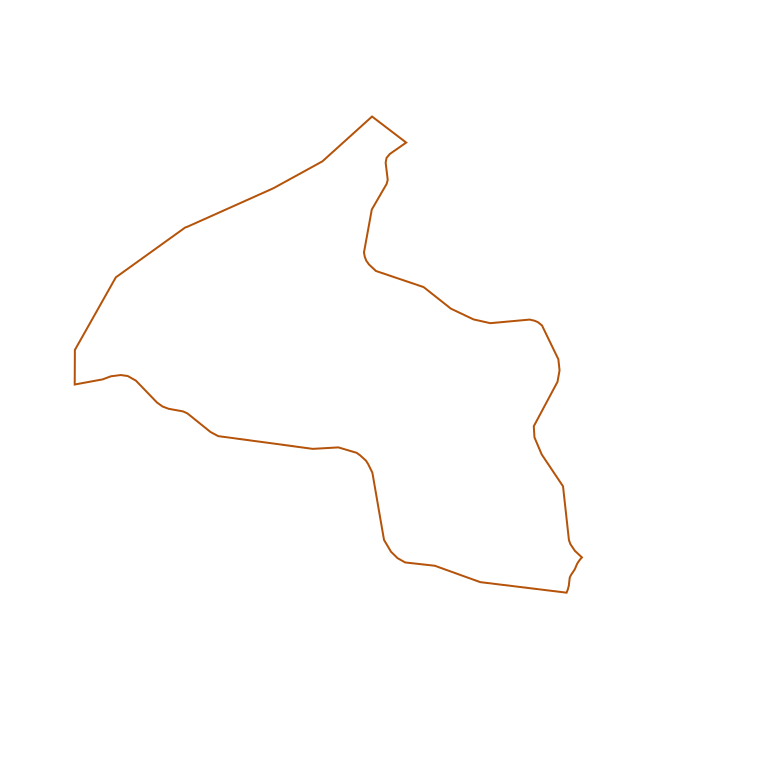 an SVG outline of Southwark, rotated 310°
{"feature_id": "GBR-2771", "entity_name": "Southwark", "entity_type": "London Borough", "adm_level": 1, "iso_a3": "GBR", "parent_name": "United Kingdom", "parent_adm1": "", "projection": "robinson", "projection_center": [-0.067, 51.465], "detail": "fine", "context": "isolated", "style": "outline", "palette": "amber", "viewbox_px": 768, "rotation_deg": 310, "n_neighbors": 0, "source": "natural_earth", "source_scale": "10m", "svg_char_len": 1102}
<svg xmlns="http://www.w3.org/2000/svg" viewBox="0 0 768 768"><g transform="rotate(310 384 384)"><path d="M293.3,110.0L376.1,131.1L377.7,132.1L462.8,173.4L515.0,193.7L581.2,202.9L583.2,245.8L564.0,240.6L558.9,240.6L554.6,243.0L542.8,255.6L539.0,257.4L509.8,262.5L471.9,284.1L469.1,287.5L467.1,291.1L465.9,295.7L465.4,305.2L483.7,352.1L484.7,386.8L491.0,411.0L498.9,426.3L527.0,454.2L529.3,458.8L530.3,462.2L530.4,467.4L515.0,501.7L507.3,509.7L497.2,515.5L447.9,525.9L439.8,533.6L431.4,550.1L420.7,586.9L383.3,626.0L381.1,629.8L378.9,637.5L378.4,647.1L375.0,647.0L371.8,647.3L370.1,647.6L365.3,649.1L363.6,649.4L358.0,650.0L356.7,650.3L355.4,650.6L354.2,651.3L348.3,655.2L345.0,656.8L341.5,658.0L294.1,585.1L277.4,539.7L260.9,514.9L259.3,506.3L260.0,497.2L264.6,484.2L308.6,432.1L312.4,423.5L313.7,419.4L314.0,411.3L313.7,407.3L306.1,389.8L288.5,371.1L237.5,290.5L235.7,281.9L235.1,252.2L233.8,247.6L226.6,235.0L224.4,228.8L223.9,221.9L227.1,191.8L225.4,182.6L221.6,176.5L214.3,169.8L206.7,165.5L184.8,147.4L211.4,125.3L234.6,121.0L293.3,110.0Z" fill="none" stroke="#b45309" stroke-width="2"/></g></svg>